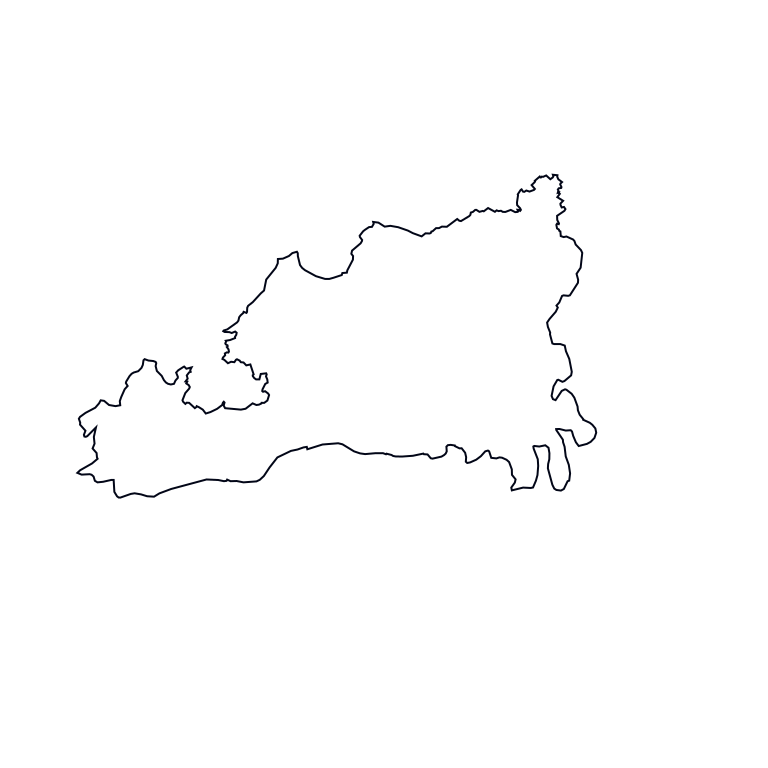 Jhalokati, Barisal, Bangladesh, rotated 42°
{"feature_id": "16705992B14602656752780", "entity_name": "Jhalokati", "entity_type": "district", "adm_level": 2, "iso_a3": "BGD", "parent_name": "Bangladesh", "parent_adm1": "Barisal", "projection": "albers", "projection_center": [90.166, 22.562], "detail": "fine", "context": "isolated", "style": "outline", "palette": "ink", "viewbox_px": 768, "rotation_deg": 42, "n_neighbors": 0, "source": "geoboundaries", "source_scale": "gbopen_adm2", "svg_char_len": 6165}
<svg xmlns="http://www.w3.org/2000/svg" viewBox="0 0 768 768"><g transform="rotate(42 384 384)"><path d="M370.7,483.8L378.8,470.1L389.6,458.7L393.5,456.6L406.8,454.1L412.6,451.6L416.9,448.7L423.7,441.4L429.5,436.1L432.5,434.9L432.5,434.1L437.1,431.7L438.9,431.4L441.2,430.0L446.1,425.7L453.5,418.0L459.8,409.4L460.6,409.5L463.5,407.2L468.4,407.9L470.0,407.0L475.3,399.5L476.2,396.6L476.4,394.4L475.7,392.1L472.3,388.8L472.4,386.7L474.3,384.6L477.8,382.3L478.3,382.7L483.2,381.3L484.7,379.8L490.3,380.8L494.0,383.4L496.8,387.0L498.7,387.0L500.5,384.6L503.2,378.5L504.3,372.8L504.3,366.3L505.8,363.9L507.2,363.7L513.1,367.1L517.3,364.1L518.9,361.3L521.0,359.8L525.8,358.3L529.2,358.3L536.1,361.9L539.9,365.9L545.6,366.8L547.2,369.7L547.9,375.8L550.2,377.5L556.7,367.9L562.6,363.1L564.0,361.2L561.6,354.2L559.0,349.0L553.4,341.7L548.6,337.0L538.5,331.9L536.8,330.5L537.1,329.5L541.2,326.6L544.9,321.6L548.9,321.3L553.2,324.7L557.2,329.3L559.5,333.6L562.2,337.0L576.5,346.2L580.5,347.8L583.0,347.4L586.8,344.8L587.9,341.7L585.5,333.4L586.3,331.9L582.1,325.9L575.4,320.4L567.5,316.2L560.2,309.8L556.1,307.5L554.2,305.7L542.8,302.9L542.1,302.3L544.5,300.0L550.2,297.0L553.7,293.4L555.5,293.5L559.4,296.0L565.6,298.9L570.2,299.8L574.9,292.7L576.3,288.7L576.5,283.3L574.3,278.2L570.8,275.6L566.1,274.9L562.9,275.1L555.9,277.3L555.6,276.8L550.0,275.9L545.7,273.8L542.9,271.2L534.6,266.8L530.0,265.7L523.4,266.2L522.1,266.8L520.7,270.2L522.3,281.2L519.7,282.2L516.5,280.7L511.6,272.3L510.1,265.1L510.7,264.2L515.1,263.0L516.1,261.1L517.3,252.4L515.4,249.3L504.9,241.4L497.3,237.9L492.6,234.5L488.4,236.3L483.7,240.5L482.0,241.2L474.1,236.0L473.1,234.6L467.6,231.9L464.1,229.2L463.5,224.9L463.3,215.4L462.0,210.9L459.7,210.3L459.7,206.1L457.4,199.4L458.1,198.0L461.9,195.2L462.8,193.7L460.4,179.0L458.5,176.6L453.4,173.3L452.3,166.0L443.6,153.9L440.8,152.7L433.1,152.1L429.8,150.3L427.8,150.1L420.9,152.3L419.2,154.6L416.4,155.8L413.0,152.6L411.8,152.9L410.6,152.2L408.5,152.6L405.6,150.4L405.3,149.1L406.9,148.3L406.6,147.6L403.0,146.2L400.1,143.2L402.2,134.6L401.8,132.6L399.3,132.0L397.9,133.9L395.3,132.8L394.4,131.9L394.5,128.0L387.8,129.2L387.4,125.1L386.4,125.2L385.9,124.4L385.2,125.6L384.2,123.6L383.1,123.2L382.9,121.7L384.5,119.7L384.1,118.9L381.4,117.8L381.0,117.0L381.2,114.8L376.6,115.2L374.1,114.1L373.2,112.8L369.5,115.5L370.9,116.3L371.2,117.6L370.6,120.5L365.0,120.5L363.6,123.6L362.5,124.3L362.4,125.6L361.6,126.0L360.9,125.7L360.1,132.2L360.8,132.5L360.9,133.5L360.6,137.4L365.6,138.1L365.6,139.4L363.4,143.6L360.3,145.0L359.7,147.3L358.6,148.0L356.0,147.3L355.7,148.3L356.5,153.6L357.3,154.0L361.4,160.2L363.3,162.0L367.5,162.3L369.2,163.0L369.3,164.2L367.8,164.3L366.6,165.2L368.2,165.9L368.2,166.6L366.5,168.5L361.7,169.8L359.1,174.9L357.1,176.6L355.0,177.0L353.4,178.9L351.5,179.6L351.2,181.8L343.6,183.6L342.6,188.9L341.6,189.3L339.7,192.2L336.1,192.8L335.3,193.6L334.9,196.7L333.8,198.5L335.0,200.5L335.0,202.2L332.2,211.4L330.7,212.3L328.0,212.4L325.5,225.1L321.7,228.3L320.6,231.3L318.4,233.3L317.9,238.0L317.2,239.0L317.7,240.5L317.2,241.6L314.0,244.3L313.2,249.1L304.5,252.6L299.1,254.0L289.6,258.0L282.9,262.2L279.2,266.6L271.9,267.8L267.5,270.8L269.2,271.9L269.9,275.3L267.9,277.4L266.7,282.1L266.3,284.4L266.7,290.1L267.8,290.9L271.4,291.6L272.0,292.6L272.5,295.1L271.0,306.2L272.6,309.1L275.4,309.6L277.7,312.4L280.7,324.1L281.9,326.1L278.8,329.4L279.7,331.3L275.4,338.8L273.0,342.6L269.8,345.4L261.3,349.4L249.1,352.3L245.4,352.5L242.0,351.8L234.4,346.6L232.4,344.5L230.8,344.0L228.3,348.0L227.7,352.5L225.0,358.5L221.5,362.1L224.3,365.4L225.8,370.2L226.6,385.2L232.3,394.8L231.8,399.1L231.7,411.0L230.7,416.8L231.3,418.8L234.0,422.1L234.2,423.2L231.4,424.3L231.9,425.6L231.5,428.8L231.7,431.3L233.4,434.3L233.6,436.5L231.0,448.3L229.1,451.5L229.2,452.3L230.7,452.0L234.4,448.9L236.7,448.0L238.3,444.6L240.2,444.5L241.3,446.3L241.7,448.6L242.6,449.5L240.2,454.3L237.5,457.7L238.2,457.9L238.8,459.9L239.8,460.4L241.9,460.0L242.7,460.8L242.5,461.7L245.3,462.3L247.1,463.7L247.3,464.8L246.0,465.7L245.3,467.8L246.7,468.9L246.6,472.1L247.2,473.5L249.2,472.9L254.1,473.0L255.5,469.8L258.2,467.9L257.8,465.0L258.2,464.0L261.1,463.2L263.0,463.6L265.2,462.0L269.2,462.3L271.6,458.9L280.7,464.1L280.6,465.3L281.2,465.9L283.5,466.4L285.8,466.2L288.3,464.0L285.7,459.0L289.3,454.9L290.4,455.4L291.2,457.3L294.2,458.7L296.6,460.8L295.7,463.4L297.3,469.2L298.2,470.7L299.3,470.7L300.5,468.9L304.3,468.6L306.0,469.1L308.4,474.3L307.6,478.2L305.6,479.9L305.9,480.6L304.9,483.0L303.2,485.0L299.3,486.3L297.7,495.0L294.8,498.8L282.1,508.3L279.3,507.3L277.9,504.5L276.8,504.4L276.8,505.7L277.8,507.9L276.6,514.1L273.8,521.0L271.3,525.2L266.5,524.3L261.9,525.1L259.7,525.8L260.0,526.4L259.6,528.5L251.8,528.4L249.9,529.9L249.7,531.7L246.5,531.6L245.1,530.9L242.4,523.7L242.3,517.8L241.7,516.2L239.6,515.5L236.7,515.9L236.2,513.9L234.8,514.9L234.5,511.4L231.7,509.6L231.4,505.7L232.2,504.3L230.7,503.4L229.9,500.4L226.9,504.9L223.9,504.7L223.6,505.2L221.9,511.5L221.9,514.6L226.0,516.6L226.7,517.5L226.7,520.9L227.8,524.4L225.9,527.0L223.3,528.4L220.9,528.8L217.9,528.4L213.4,526.7L206.5,526.3L202.3,523.5L200.8,520.9L199.5,520.4L197.2,521.3L193.2,524.2L189.5,525.7L189.4,527.3L192.0,531.2L193.0,534.3L192.8,538.9L190.3,543.0L189.6,545.3L189.6,548.4L190.8,554.7L191.5,556.0L194.8,557.0L194.8,561.4L197.4,569.4L199.1,573.5L202.2,576.3L199.3,580.1L193.7,583.6L187.3,583.8L184.4,585.7L185.2,589.1L185.3,594.8L181.5,605.2L180.1,611.8L180.5,614.0L184.1,616.0L185.3,617.6L193.4,618.5L195.0,622.6L196.5,623.5L197.7,622.8L198.4,621.3L199.0,609.0L203.8,617.5L208.8,622.0L210.6,626.9L216.6,627.6L219.8,630.6L221.2,631.2L220.2,638.4L215.9,651.4L215.6,655.2L219.9,653.7L225.6,648.0L227.4,647.1L230.1,647.1L233.9,649.4L236.9,648.8L240.7,644.6L245.5,637.8L247.3,636.2L255.8,644.6L260.8,646.1L262.8,645.9L264.1,644.8L269.4,635.1L271.8,632.1L277.3,628.6L283.1,625.9L288.5,621.6L290.3,615.5L296.1,604.4L316.0,573.7L325.0,566.3L330.1,563.3L331.8,561.3L331.4,560.0L335.0,558.9L339.4,554.7L345.4,551.1L354.4,541.7L355.8,538.3L356.3,532.8L354.8,522.6L353.9,509.9L359.6,496.0L363.6,490.5L366.6,485.0L368.7,482.4L370.7,483.8Z" fill="none" stroke="#020617" stroke-width="2"/></g></svg>